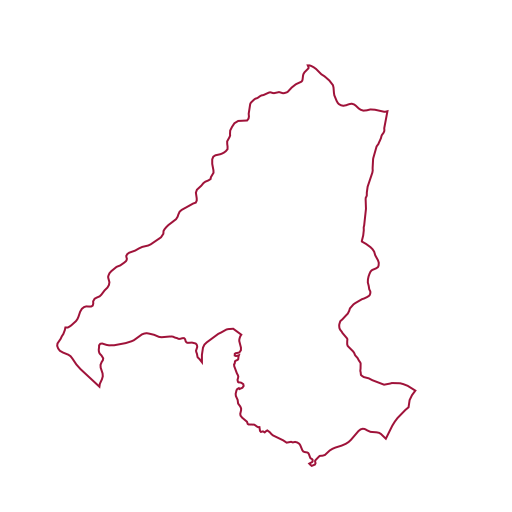 map outline of Bié (orthographic projection), rotated 190°
{"feature_id": "AGO-1886", "entity_name": "Bié", "entity_type": "Province", "adm_level": 1, "iso_a3": "AGO", "parent_name": "Angola", "parent_adm1": "", "projection": "orthographic", "projection_center": [17.419, -12.443], "detail": "fine", "context": "isolated", "style": "outline", "palette": "rose", "viewbox_px": 512, "rotation_deg": 190, "n_neighbors": 0, "source": "natural_earth", "source_scale": "10m", "svg_char_len": 6091}
<svg xmlns="http://www.w3.org/2000/svg" viewBox="0 0 512 512"><g transform="rotate(190 256 256)"><path d="M164.7,59.0L166.3,59.9L167.5,60.8L165.7,62.2L164.9,62.9L164.6,63.7L164.9,65.2L165.7,65.8L166.7,66.1L167.5,66.6L169.4,69.9L170.3,71.0L171.4,71.4L174.2,71.4L175.5,71.7L176.6,72.7L179.6,77.4L180.8,78.6L182.9,79.5L185.2,79.7L187.4,78.8L189.2,79.1L193.4,77.5L197.3,79.2L208.2,82.3L209.9,83.3L211.9,84.9L214.6,86.2L215.8,85.1L216.8,83.8L218.7,84.5L220.6,83.6L221.7,84.5L222.9,88.1L224.2,87.8L225.7,88.3L227.2,89.1L228.6,89.6L234.1,88.8L235.0,89.2L236.1,91.2L241.6,94.4L243.5,96.1L244.1,97.8L243.9,101.5L244.2,103.3L245.3,105.0L248.0,107.6L249.1,111.1L251.5,114.6L252.1,116.7L251.9,120.4L251.3,121.8L249.9,122.9L249.2,122.1L246.5,123.9L245.6,125.9L246.3,127.6L248.5,128.6L250.2,128.7L251.2,128.5L251.9,128.9L252.7,130.8L252.5,132.8L252.5,134.2L253.1,135.4L254.5,137.2L258.3,143.7L258.8,145.5L258.4,146.1L258.3,146.9L258.4,148.5L258.1,149.1L257.4,149.6L256.0,150.6L255.6,151.4L255.8,154.0L255.6,155.3L256.8,154.6L258.4,154.0L259.7,154.3L259.9,156.0L259.2,156.7L256.5,157.7L255.6,158.2L254.5,160.6L254.9,163.1L257.7,169.3L257.9,170.5L257.9,171.7L257.7,173.4L257.2,175.2L256.8,175.9L257.3,176.2L265.8,180.4L270.6,179.2L272.3,178.5L277.2,174.5L279.6,172.8L289.5,162.4L291.4,159.8L292.3,156.6L292.1,149.2L290.8,142.0L293.9,144.8L295.3,145.7L296.0,146.3L296.2,146.8L297.2,149.5L298.0,150.8L298.6,152.2L298.6,152.4L298.1,156.1L298.2,156.7L298.3,157.0L298.7,157.9L299.3,158.7L300.2,159.3L300.7,159.4L304.1,159.6L307.3,158.8L308.6,158.6L309.0,158.7L309.6,159.0L310.4,159.7L310.6,160.1L311.3,161.6L311.8,162.1L312.6,162.6L313.3,162.5L314.4,162.2L316.2,161.3L317.3,161.0L318.1,161.0L319.4,161.4L321.8,161.6L323.5,162.1L325.0,162.1L327.1,161.7L334.9,159.6L337.5,159.5L342.7,160.7L347.8,161.0L350.3,161.0L352.6,160.2L354.7,159.0L361.7,151.8L363.8,150.4L369.2,147.6L380.1,143.5L385.3,142.5L387.8,142.5L392.3,143.1L394.1,142.5L395.0,140.8L394.7,138.7L394.6,136.5L394.2,134.9L393.5,133.4L392.7,132.5L390.9,131.2L388.7,128.7L388.7,126.8L389.6,124.7L390.2,121.8L389.6,119.1L386.7,113.7L386.0,110.9L386.3,107.9L387.6,103.0L387.5,100.1L409.3,114.2L414.1,118.0L419.0,123.1L421.2,125.1L423.7,126.2L429.3,127.4L432.7,128.6L434.8,130.6L436.2,133.0L436.3,135.4L434.0,140.5L433.3,143.2L432.2,145.7L431.4,149.9L431.3,152.5L428.9,152.9L427.3,154.2L425.9,155.6L422.0,160.6L420.9,162.9L420.3,165.3L419.5,170.6L418.3,173.8L416.4,175.9L414.4,176.9L411.1,177.3L409.4,177.7L408.2,178.8L408.0,180.8L408.5,183.1L407.5,185.9L405.6,187.4L403.0,189.1L401.6,191.0L399.1,195.9L396.8,199.1L395.8,201.9L395.8,204.7L397.7,208.8L398.0,209.8L397.9,211.1L397.3,213.6L395.9,215.9L391.6,220.9L390.8,221.5L388.1,223.1L384.7,226.5L383.1,228.4L382.7,229.7L382.7,230.9L383.3,232.1L383.8,233.5L383.1,235.5L381.5,237.2L376.0,240.3L372.5,243.2L369.6,245.2L364.0,247.6L361.7,249.2L352.8,257.9L351.1,261.8L351.4,264.6L350.7,266.5L349.4,268.8L347.7,271.2L341.1,278.4L340.0,281.1L339.7,283.3L338.9,286.4L337.2,288.5L327.1,296.7L324.6,298.1L324.0,300.3L324.4,302.5L326.2,307.9L325.7,311.0L322.1,315.7L320.4,318.7L318.8,320.4L316.1,322.1L314.1,323.9L314.1,325.8L312.3,330.6L312.8,333.0L315.1,339.1L315.9,343.6L315.3,346.4L313.5,348.1L308.9,350.0L307.5,350.8L305.6,352.2L303.9,354.0L302.6,356.3L303.0,358.8L303.8,361.3L304.3,363.9L302.8,368.3L302.4,370.1L302.8,371.7L303.2,375.1L302.0,379.1L300.3,383.0L297.0,385.9L288.3,387.9L287.2,390.0L287.2,392.2L287.9,394.8L288.1,404.5L287.9,405.5L287.4,406.5L285.2,409.5L284.4,410.4L283.7,411.0L283.1,411.2L282.4,411.6L281.5,412.3L280.0,413.9L278.5,415.1L277.3,415.5L276.3,416.0L271.8,419.1L270.7,419.6L270.1,419.7L267.6,419.4L266.5,419.5L262.3,421.2L261.9,421.4L261.3,421.4L258.0,421.0L257.1,421.1L256.1,421.5L254.5,422.3L253.7,422.8L253.2,423.3L250.1,428.1L246.8,431.8L246.1,432.4L241.9,435.3L241.4,435.8L240.9,436.7L240.8,438.0L241.0,441.8L240.9,443.3L240.5,444.4L240.1,445.4L237.1,449.7L236.9,450.1L237.0,450.9L237.2,451.3L238.1,452.7L236.3,453.0L234.5,452.7L232.0,451.9L229.3,450.6L223.2,446.3L219.8,444.9L214.3,441.6L209.9,437.6L208.9,435.3L207.6,430.3L206.8,427.9L203.5,422.7L202.0,420.9L200.8,420.0L198.5,419.2L196.1,419.1L193.2,420.2L192.3,420.8L190.4,421.8L188.2,422.6L185.8,422.3L183.9,421.4L180.4,419.1L178.3,418.2L175.5,417.8L172.2,418.7L168.8,420.2L164.3,420.7L154.8,420.3L153.7,420.5L151.7,421.4L151.9,404.1L151.5,402.5L151.4,401.8L151.4,401.1L151.6,400.2L152.0,399.0L152.9,397.3L153.1,396.7L153.3,395.6L153.4,393.8L154.1,390.9L154.4,389.9L154.8,388.2L154.9,387.6L156.1,385.2L156.3,384.6L157.5,372.8L157.5,371.7L156.4,362.7L155.9,360.4L155.9,358.3L158.1,343.6L157.9,337.9L157.4,334.8L157.6,333.6L158.0,332.6L158.0,332.0L157.9,331.0L155.9,321.6L154.8,305.0L154.9,302.9L154.3,299.9L154.0,294.8L154.4,289.0L154.2,288.6L149.7,287.0L144.8,284.6L142.4,282.9L140.4,280.8L138.7,277.4L135.1,272.9L133.9,270.6L133.6,267.8L134.0,266.2L135.7,264.6L139.0,262.5L139.7,261.8L140.5,260.5L141.1,258.3L141.6,255.4L141.7,252.4L141.3,249.4L139.8,246.1L138.7,242.9L137.3,241.0L137.0,239.8L137.0,238.7L137.2,237.5L137.4,237.0L137.7,236.5L139.4,234.9L142.2,232.9L144.1,231.9L150.0,226.9L151.6,225.3L154.4,220.7L154.7,218.2L155.6,215.2L156.9,213.3L160.0,208.5L161.5,206.7L161.7,206.2L162.1,203.2L162.0,201.9L161.4,199.7L160.9,198.8L160.1,197.8L158.4,196.3L157.5,195.2L152.2,190.8L151.6,190.0L151.5,189.4L151.4,188.1L150.9,185.0L150.2,183.5L149.2,182.7L143.8,178.9L142.6,177.7L141.9,176.7L141.5,175.9L140.6,175.0L138.3,173.2L136.5,170.9L135.1,169.5L134.6,168.9L134.3,168.3L133.5,163.3L133.4,161.8L133.3,160.9L132.8,159.8L132.0,157.1L130.9,156.4L128.9,155.5L123.7,155.1L119.9,153.9L107.5,151.5L101.7,153.7L100.1,154.5L91.9,155.7L88.7,155.4L84.1,154.5L75.7,151.1L78.2,146.1L79.7,140.8L79.5,133.5L82.2,130.3L88.5,121.0L90.5,117.1L92.3,112.6L96.4,98.6L102.0,102.4L104.0,103.2L106.5,103.3L112.7,102.7L116.3,103.6L117.9,104.2L119.1,104.5L120.9,104.4L122.9,103.4L124.7,101.4L130.6,91.4L132.5,88.9L135.0,86.6L138.8,84.1L144.6,81.1L147.2,79.4L149.6,77.3L153.6,72.0L155.8,70.9L158.2,70.3L158.6,70.1L159.1,69.5L161.8,65.5L162.2,64.7L162.2,64.3L161.4,62.2L161.8,60.8L164.7,59.0Z" fill="none" stroke="#9f1239" stroke-width="2"/></g></svg>